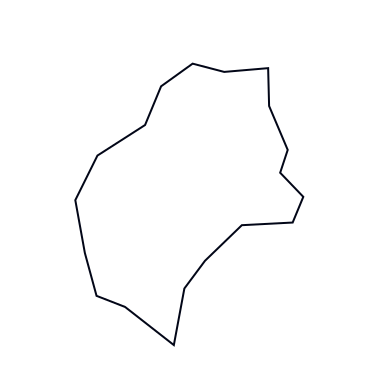 SVG path tracing the border of Kosovo Polje, rotated 136°
{"feature_id": "KOS-5898", "entity_name": "Kosovo Polje", "entity_type": "District", "adm_level": 1, "iso_a3": "XKX", "parent_name": "Kosovo", "parent_adm1": "", "projection": "equal_earth", "projection_center": [21.026, 42.608], "detail": "fine", "context": "isolated", "style": "outline", "palette": "ink", "viewbox_px": 384, "rotation_deg": 136, "n_neighbors": 0, "source": "natural_earth", "source_scale": "10m", "svg_char_len": 401}
<svg xmlns="http://www.w3.org/2000/svg" viewBox="0 0 384 384"><g transform="rotate(136 192 192)"><path d="M179.2,133.5L230.4,133.5L264.5,127.9L311.4,94.5L320.0,155.8L332.8,183.6L311.4,222.6L281.6,267.2L234.7,283.9L179.2,272.8L140.8,289.5L102.4,283.9L85.4,256.0L51.2,228.2L76.8,200.3L93.9,155.8L115.2,144.6L115.3,111.2L140.8,100.1L179.2,133.5Z" fill="none" stroke="#020617" stroke-width="2"/></g></svg>